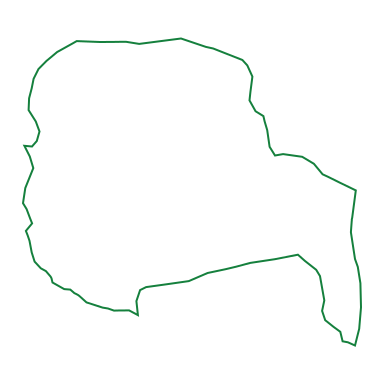 Baguirmi, Chari-Baguirmi, Chad
{"feature_id": "50815135B83477967363059", "entity_name": "Baguirmi", "entity_type": "district", "adm_level": 2, "iso_a3": "TCD", "parent_name": "Chad", "parent_adm1": "Chari-Baguirmi", "projection": "orthographic", "projection_center": [16.269, 11.464], "detail": "fine", "context": "isolated", "style": "outline", "palette": "green", "viewbox_px": 384, "rotation_deg": 0, "n_neighbors": 0, "source": "geoboundaries", "source_scale": "gbopen_adm2", "svg_char_len": 1380}
<svg xmlns="http://www.w3.org/2000/svg" viewBox="0 0 384 384"><path d="M355.8,190.4L339.7,182.6L327.8,176.7L322.6,174.3L313.9,163.8L302.2,156.8L283.1,154.1L275.0,155.5L269.6,146.8L267.2,130.1L264.6,121.3L263.4,116.1L255.6,111.3L249.5,100.4L250.4,92.1L252.4,76.6L247.3,65.4L242.4,60.0L213.2,48.5L205.9,46.9L181.0,38.5L139.2,43.9L126.1,41.8L121.4,41.8L114.9,41.9L101.5,42.0L100.0,42.0L76.7,41.1L72.5,43.5L67.8,46.1L58.3,51.4L57.3,51.9L55.5,53.4L46.4,61.0L38.5,69.0L33.6,78.8L31.7,88.3L29.1,98.3L28.6,110.1L35.8,121.5L39.5,131.5L36.8,141.0L32.0,146.5L24.4,145.8L29.8,156.5L33.3,168.1L25.3,188.0L23.0,203.2L26.6,209.1L30.3,218.9L32.1,223.4L25.9,230.9L27.7,235.5L29.5,240.8L31.7,252.4L34.6,261.6L40.8,268.3L45.9,271.1L50.6,276.6L51.5,278.3L52.5,282.5L64.2,289.1L70.3,289.6L73.9,292.7L74.3,293.1L76.4,294.1L78.2,295.1L79.0,295.7L79.6,296.2L86.5,302.4L102.6,307.6L108.0,308.5L114.0,310.6L118.2,310.5L129.1,310.4L137.9,315.1L136.4,301.1L140.1,290.1L146.1,287.1L165.7,284.4L188.8,281.1L207.6,273.0L225.6,269.2L236.1,266.7L250.3,262.9L274.9,259.2L297.9,254.7L304.9,260.9L316.2,269.8L320.0,276.1L324.3,300.4L322.1,310.9L325.2,320.2L333.6,326.9L340.3,331.8L342.6,341.3L347.9,342.3L355.0,345.5L359.2,328.8L361.0,307.3L360.4,283.2L357.8,266.9L355.0,259.0L350.9,232.2L351.2,228.1L351.7,221.3L351.8,220.5L351.8,219.4L352.2,217.7L355.8,190.4Z" fill="none" stroke="#15803d" stroke-width="2"/></svg>